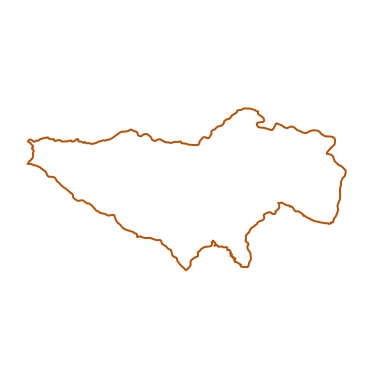 San Luis De Gaceno, Boyacá, Colombia, rotated 258°
{"feature_id": "7082276B35644119435262", "entity_name": "San Luis De Gaceno", "entity_type": "district", "adm_level": 2, "iso_a3": "COL", "parent_name": "Colombia", "parent_adm1": "Boyacá", "projection": "robinson", "projection_center": [-73.117, 4.826], "detail": "fine", "context": "isolated", "style": "outline", "palette": "amber", "viewbox_px": 384, "rotation_deg": 258, "n_neighbors": 0, "source": "geoboundaries", "source_scale": "gbopen_adm2", "svg_char_len": 6044}
<svg xmlns="http://www.w3.org/2000/svg" viewBox="0 0 384 384"><g transform="rotate(258 192 192)"><path d="M275.8,42.2L274.9,42.4L273.8,43.9L269.9,46.0L269.1,46.0L268.3,44.6L267.6,44.9L267.0,44.7L266.6,45.3L265.8,45.7L265.2,45.7L263.0,44.4L262.4,44.2L261.3,44.4L258.6,43.3L256.7,40.9L256.1,39.4L253.7,37.3L252.5,41.0L251.1,43.0L249.7,46.0L248.2,47.6L247.9,48.3L247.1,49.1L246.1,49.4L245.5,50.4L244.5,50.9L243.7,52.0L242.3,53.1L237.8,54.1L236.8,55.1L235.7,58.9L235.1,60.1L234.4,60.8L233.1,61.5L230.9,62.0L229.9,62.6L228.3,64.1L226.1,65.2L223.2,67.5L222.4,68.4L220.6,70.0L216.0,73.4L215.9,73.9L215.4,74.2L213.8,75.0L212.0,74.6L211.2,74.8L209.3,75.9L206.9,78.9L206.9,82.1L206.5,83.4L203.6,86.2L202.7,86.8L202.5,88.2L201.7,89.4L199.7,91.2L193.7,94.5L192.4,96.3L190.5,98.0L188.8,102.2L186.3,105.1L186.2,109.4L185.3,111.2L181.1,111.5L178.5,112.4L177.0,113.2L175.2,114.8L171.8,116.5L169.3,118.8L165.1,126.1L164.7,126.6L163.7,127.1L162.8,128.9L161.7,129.4L159.6,129.0L159.2,129.8L159.4,130.7L159.2,132.6L157.6,134.6L156.5,137.1L155.9,141.3L152.7,146.5L152.1,148.0L151.8,150.6L151.5,151.0L150.6,151.6L147.6,151.9L144.2,155.3L141.8,156.6L139.4,159.4L134.0,159.7L132.8,160.5L130.6,163.3L127.5,163.4L125.8,164.3L123.2,165.3L119.8,167.9L117.5,169.2L116.7,170.1L117.7,171.5L118.3,172.9L120.8,175.5L123.5,175.9L125.1,176.7L126.1,178.2L127.1,180.7L127.6,182.2L128.0,184.5L128.6,184.8L131.5,185.1L131.9,185.3L132.4,186.7L134.4,189.3L135.2,191.4L135.5,193.5L135.1,198.3L135.4,199.8L136.6,200.7L138.8,201.1L140.0,202.3L139.6,202.9L138.3,203.3L137.5,204.2L136.8,204.4L136.2,204.2L135.5,203.3L134.9,203.0L134.8,203.5L135.0,205.1L134.3,205.9L133.4,206.0L133.1,206.3L132.6,208.0L132.6,209.9L131.2,211.5L130.9,213.8L130.4,214.9L128.1,214.5L127.7,215.3L127.5,216.5L126.0,217.3L125.2,217.2L124.6,217.4L124.2,216.6L123.8,216.5L123.2,217.0L122.6,217.2L122.7,217.9L122.3,218.1L121.6,216.8L121.3,217.4L120.7,217.5L120.1,218.3L119.6,218.0L119.2,218.1L119.1,219.3L118.3,219.4L118.1,220.4L117.6,220.5L117.0,219.4L116.6,219.0L115.6,219.8L114.6,219.6L114.2,221.0L111.7,223.6L111.2,223.8L110.9,224.7L110.7,224.8L109.8,224.3L109.0,224.4L107.9,226.3L107.1,230.4L107.2,231.2L107.6,231.6L111.7,233.7L113.4,235.4L115.0,235.8L120.0,236.4L122.1,235.8L123.5,235.0L125.2,234.6L126.4,234.6L128.0,235.4L129.0,236.4L130.4,236.2L131.8,234.7L133.3,234.2L134.5,234.9L135.9,235.3L137.6,235.5L138.6,236.1L139.1,237.0L140.6,238.8L140.7,239.6L142.5,240.5L144.0,242.2L144.9,243.7L145.7,245.9L146.4,247.0L147.2,249.0L148.5,249.8L149.4,251.9L149.4,253.6L150.0,255.6L150.7,256.6L151.3,257.2L152.2,257.4L153.7,257.1L155.1,258.0L156.0,260.9L156.1,263.4L155.7,264.8L154.4,265.6L153.9,266.2L153.5,267.4L153.5,268.9L154.0,269.3L155.7,269.7L157.6,273.2L158.3,273.9L159.0,274.2L162.0,274.7L163.1,274.3L162.9,275.3L163.0,277.5L162.5,277.9L161.4,279.5L159.4,281.6L158.2,285.0L157.9,285.3L157.3,285.1L157.2,286.0L155.9,287.4L154.5,287.7L152.0,288.9L151.4,289.7L151.2,291.3L150.5,292.7L147.5,295.5L145.5,296.2L145.5,297.2L143.8,298.3L143.0,299.6L142.7,299.8L142.4,300.4L141.7,301.1L141.5,301.9L140.4,302.4L139.8,303.7L139.0,304.4L137.3,307.4L136.8,308.5L136.6,309.7L135.5,311.3L135.0,313.2L134.2,314.3L134.0,315.5L133.3,317.2L133.3,318.1L132.3,319.3L132.5,321.3L133.2,321.3L133.1,323.8L136.6,325.3L137.9,327.3L140.7,329.3L144.5,331.4L147.9,331.3L151.9,333.6L153.9,335.1L157.8,336.2L161.7,336.8L165.0,337.7L168.4,339.4L169.5,339.4L170.9,339.9L174.1,342.2L175.9,344.8L178.9,346.3L180.0,346.7L181.4,346.6L184.8,344.5L186.4,343.3L187.9,341.1L192.6,337.9L197.1,337.4L198.1,337.0L199.1,336.3L200.0,335.1L201.2,332.1L201.8,331.9L202.4,332.1L202.9,332.6L206.9,337.9L207.8,339.8L208.9,341.3L211.5,342.4L213.1,342.7L214.6,342.6L215.7,341.9L216.4,341.2L217.2,339.8L218.6,334.7L219.4,333.1L222.1,330.4L224.4,329.3L225.9,327.7L226.7,325.4L227.2,322.8L227.1,320.8L226.7,318.7L225.9,316.3L226.5,314.0L227.3,312.4L229.2,310.3L230.6,307.8L233.8,305.5L235.0,304.0L235.4,302.3L235.3,301.5L234.7,298.2L235.8,296.2L236.5,295.3L238.0,294.2L239.7,292.1L240.4,290.5L241.4,289.4L241.5,288.7L241.4,288.2L240.0,287.4L237.4,285.2L236.1,283.5L236.1,282.9L236.2,282.3L239.7,276.0L241.0,271.8L241.5,270.8L242.1,270.2L243.0,269.7L244.0,269.5L245.4,269.6L246.0,270.7L246.1,271.7L246.1,273.4L245.7,275.2L245.9,276.3L246.4,277.1L247.0,277.4L249.3,277.4L251.3,275.9L254.3,273.0L255.8,272.9L256.9,273.4L257.6,272.0L259.2,270.5L261.5,266.2L263.0,260.0L262.1,257.7L262.4,253.8L262.2,253.3L260.5,252.2L260.1,251.7L259.3,248.8L258.5,246.8L258.0,246.1L256.7,245.2L256.0,244.2L255.9,243.5L256.0,242.4L255.4,239.6L254.1,238.0L252.4,237.2L250.9,235.0L250.6,230.8L250.0,229.4L248.6,227.6L248.3,225.4L247.5,223.9L247.0,223.5L244.3,222.8L241.6,220.1L241.3,219.4L241.2,218.8L242.0,217.2L242.8,216.6L243.1,215.2L243.0,213.9L239.8,209.9L237.8,209.1L237.3,208.6L236.8,207.1L236.9,206.1L239.1,198.2L240.0,197.2L241.3,194.1L241.6,192.6L242.0,192.0L243.7,191.5L243.8,191.1L244.0,187.9L244.7,185.1L244.4,183.9L244.4,181.3L245.5,179.1L245.9,177.1L246.7,175.6L247.7,174.8L248.4,173.5L250.0,172.1L250.4,171.2L250.3,169.0L249.6,167.0L249.8,166.0L250.6,164.7L251.7,163.7L253.3,163.5L254.4,163.1L257.5,160.7L258.3,158.9L258.5,157.4L257.9,155.3L257.1,154.1L257.3,152.7L258.7,151.1L259.3,150.9L261.2,150.9L262.5,150.2L264.1,147.3L265.4,145.9L265.8,145.1L265.8,144.4L265.1,142.9L264.9,142.0L265.1,138.0L265.6,136.4L265.3,134.2L261.3,125.1L260.5,121.9L260.7,120.1L260.3,117.5L260.9,116.5L261.0,115.5L260.6,112.8L260.7,110.9L260.1,109.3L259.7,105.3L260.0,103.4L261.2,101.4L261.4,99.7L261.9,98.7L263.1,97.5L262.7,96.8L262.6,96.2L263.9,94.7L264.5,93.5L264.8,91.9L265.7,91.3L266.8,91.7L267.5,91.1L267.7,90.5L267.7,90.0L266.8,89.0L266.2,86.9L266.1,85.4L266.6,84.6L267.5,84.4L267.6,84.1L267.7,82.2L267.4,81.5L268.1,76.8L268.4,75.2L268.7,74.8L269.2,74.8L270.0,73.8L270.6,72.0L270.3,69.4L270.5,68.4L271.1,68.0L272.1,68.0L272.4,67.7L272.7,65.6L273.6,63.9L274.5,62.6L275.4,62.3L275.5,58.0L275.2,54.5L275.1,54.0L274.4,53.3L274.3,51.9L274.6,50.5L274.0,48.7L274.2,47.8L274.4,47.4L276.4,45.7L276.9,44.8L276.9,43.9L276.3,42.6L275.8,42.2Z" fill="none" stroke="#b45309" stroke-width="2"/></g></svg>